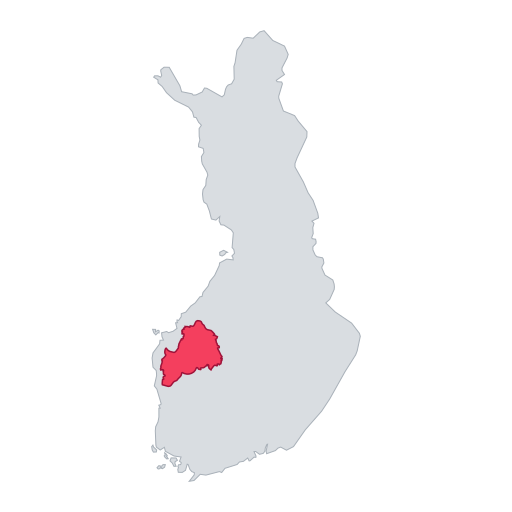 Finland, with Southern Ostrobothnia highlighted
{"feature_id": "FIN-3183", "entity_name": "Southern Ostrobothnia", "entity_type": "Province", "adm_level": 1, "iso_a3": "FIN", "parent_name": "Finland", "parent_adm1": "", "projection": "orthographic", "projection_center": [23.15, 62.738], "detail": "fine", "context": "in_parent", "style": "filled", "palette": "rose", "viewbox_px": 512, "rotation_deg": 0, "n_neighbors": 0, "source": "natural_earth", "source_scale": "10m", "svg_char_len": 7279}
<svg xmlns="http://www.w3.org/2000/svg" viewBox="0 0 512 512"><path d="M211.4,219.0L209.4,211.0L206.8,204.1L204.0,202.2L203.1,199.6L202.5,194.0L203.0,189.6L205.8,185.4L206.2,179.6L207.8,175.1L207.0,172.2L202.3,163.9L201.7,161.2L201.4,156.6L203.9,152.5L203.2,148.4L198.5,146.8L198.6,144.2L199.9,140.0L199.2,136.4L199.1,128.6L201.4,125.2L198.7,122.4L196.1,117.5L193.9,117.2L192.5,111.9L188.6,107.1L174.8,100.3L166.5,92.7L162.2,86.5L158.1,83.0L157.9,79.8L153.7,77.2L154.6,75.8L157.9,75.8L160.6,77.2L161.7,75.5L160.7,70.9L160.9,69.7L164.1,67.2L169.2,67.3L179.9,85.8L181.6,91.7L192.1,93.8L193.2,95.1L196.1,94.9L202.2,92.0L204.5,88.0L206.8,88.3L222.0,96.9L224.3,94.8L225.5,89.3L226.6,86.8L228.2,85.0L231.6,83.8L234.2,79.2L233.9,66.4L235.1,62.7L237.0,50.2L241.2,44.3L244.1,38.4L247.3,37.4L253.2,38.2L259.8,31.9L264.1,30.7L272.8,40.5L284.5,46.1L288.2,54.4L287.1,58.0L282.0,67.9L282.0,70.5L284.5,74.5L276.3,80.3L277.1,81.7L281.7,82.0L282.4,83.8L278.7,96.2L278.8,98.3L283.4,111.0L294.6,115.6L298.2,121.1L307.0,131.6L306.8,137.0L297.1,157.8L295.0,163.5L295.0,167.0L303.4,182.0L308.1,192.8L313.1,200.4L317.8,213.3L318.5,217.9L311.9,221.1L314.0,223.3L312.8,227.6L313.2,233.6L311.7,237.6L312.2,238.7L315.6,239.2L316.1,241.7L316.0,243.4L312.9,246.7L312.9,249.9L315.2,255.0L316.9,256.7L322.5,257.8L323.3,259.2L323.9,263.0L321.8,267.0L322.0,268.5L325.0,275.1L332.8,280.0L334.1,284.0L334.4,286.8L334.2,289.4L329.7,299.4L325.8,302.9L335.2,312.0L351.6,323.1L359.4,333.3L360.3,336.3L357.2,350.8L355.7,354.8L345.0,371.7L329.7,399.0L321.6,411.2L305.3,429.8L293.5,446.6L286.5,450.2L280.7,447.1L278.0,448.1L275.4,450.6L266.6,453.7L266.1,451.1L267.6,444.2L266.9,444.4L265.4,447.6L264.8,451.4L263.2,453.4L259.5,454.3L255.7,451.5L254.0,451.6L256.0,456.0L255.9,457.3L254.0,457.2L250.0,460.8L249.1,460.9L247.7,458.0L243.5,461.3L239.4,462.0L237.1,464.5L225.0,468.3L221.7,472.5L219.4,471.6L205.9,475.1L200.2,474.3L194.0,480.5L189.2,481.3L194.2,474.9L194.4,472.7L191.8,471.6L189.9,469.4L188.1,464.5L187.2,464.2L185.5,470.3L182.3,472.4L178.3,472.3L177.8,469.6L178.5,467.2L177.9,466.7L178.5,464.8L180.6,464.6L181.1,463.6L181.1,462.4L179.5,461.3L181.1,457.0L174.0,456.0L165.4,451.3L164.4,447.3L160.2,450.0L156.4,447.1L155.9,445.3L155.3,430.8L155.7,426.7L158.0,421.9L158.9,417.1L158.9,408.2L160.2,408.2L158.8,405.2L160.8,404.6L161.1,403.5L156.9,389.2L154.3,385.9L156.6,375.7L156.5,373.3L156.2,370.5L153.0,367.2L152.1,358.0L153.0,352.9L159.6,343.9L160.0,340.3L163.5,340.1L162.0,336.8L161.6,332.8L166.7,331.5L168.5,332.7L173.0,331.3L177.0,328.4L175.6,322.8L177.6,322.7L176.9,321.3L177.1,319.9L178.6,320.5L181.2,316.7L181.3,313.7L185.7,312.2L190.7,306.1L195.2,302.9L199.9,296.8L202.0,296.5L203.0,292.4L208.1,286.2L209.9,281.3L214.6,275.5L219.2,265.6L219.6,262.9L226.7,259.1L233.2,259.9L232.9,257.5L231.9,256.0L234.5,253.3L233.8,249.5L232.1,247.6L233.3,232.8L231.3,229.9L223.9,225.1L220.9,224.8L219.1,221.0L219.8,216.5L215.9,220.1L211.4,219.0ZM171.1,457.9L176.1,458.0L177.4,460.3L175.1,461.7L174.9,463.5L176.1,466.3L173.9,466.3L172.4,463.2L170.0,460.9L171.1,457.9ZM224.8,254.4L222.1,256.0L219.8,255.1L219.7,252.3L223.6,250.3L227.5,252.3L225.6,252.9L224.8,254.4ZM155.6,329.4L155.4,331.8L158.1,330.2L159.2,330.9L159.0,333.0L158.1,332.6L155.8,334.9L153.8,332.8L152.6,329.3L155.6,329.4ZM156.7,450.0L156.3,452.0L153.4,452.1L152.2,450.0L151.7,446.6L152.9,445.1L153.5,447.0L156.7,450.0ZM168.2,458.7L166.7,458.9L164.5,456.7L164.2,455.8L165.1,455.3L164.7,452.8L166.4,454.2L167.3,455.8L166.4,456.2L168.2,458.7ZM164.6,467.2L162.4,468.7L161.5,468.3L161.8,465.8L163.1,464.6L165.3,464.6L164.6,467.2ZM160.1,468.6L158.2,469.0L157.0,467.7L158.8,465.7L160.3,465.9L160.5,467.1L160.1,468.6Z" fill="#d9dde1" stroke="#a8b0b8" stroke-width="1"/><path d="M204.1,325.4L204.5,326.4L205.0,327.4L205.5,328.2L206.1,328.9L206.8,329.4L207.5,329.7L211.0,330.5L212.3,331.6L214.1,333.6L214.6,334.3L214.2,334.7L213.9,335.0L213.7,335.3L214.5,335.3L217.4,336.7L217.1,337.7L216.7,338.6L216.2,339.1L215.5,339.3L215.8,340.4L215.9,340.5L216.1,340.5L216.1,340.4L216.2,340.8L216.2,341.2L216.2,341.7L216.3,342.2L216.5,342.8L216.8,343.2L217.0,343.5L217.2,344.1L217.2,344.8L217.6,345.5L218.0,345.5L218.7,345.8L219.2,346.5L219.3,347.0L219.2,347.7L217.9,347.9L217.6,348.0L217.7,348.8L218.9,350.9L220.6,354.5L221.2,355.6L221.7,356.1L222.0,356.7L221.0,357.9L220.8,358.2L220.9,358.6L221.5,358.6L222.1,358.5L222.2,358.9L222.1,359.0L221.7,359.0L221.7,359.3L221.8,359.4L221.9,359.9L221.9,360.1L221.4,360.3L221.4,360.5L221.4,360.8L221.4,361.0L221.5,361.0L221.4,361.2L221.2,361.1L221.2,361.3L221.2,361.6L221.2,361.8L221.2,362.3L221.1,362.9L220.9,363.2L220.9,363.3L220.9,363.6L220.7,363.9L220.4,363.9L220.2,364.0L219.8,364.3L219.4,364.8L219.1,364.7L219.0,364.4L218.8,364.1L218.6,364.0L218.4,364.0L218.1,363.9L217.2,364.2L217.2,364.7L217.3,365.2L217.2,365.7L216.7,365.8L215.0,365.2L214.6,365.3L214.0,365.7L213.3,366.5L211.6,368.7L211.0,369.9L209.6,368.8L209.0,368.1L208.6,366.7L208.7,366.2L208.7,365.8L208.7,365.3L208.5,364.9L208.2,364.8L207.9,365.0L207.6,365.5L207.3,365.6L207.4,364.6L207.2,364.5L206.9,364.8L206.8,365.1L206.9,365.3L206.5,365.7L206.2,365.8L205.6,366.2L204.5,367.2L203.6,367.7L201.0,367.9L200.6,368.1L200.6,368.3L200.7,368.7L200.8,369.5L200.6,369.6L200.3,369.5L198.8,369.3L198.4,369.0L197.8,368.0L197.5,367.7L196.7,367.6L196.2,368.2L195.3,370.2L193.7,372.0L191.5,373.3L189.2,374.0L187.0,374.1L184.2,373.5L182.5,372.6L181.9,372.7L181.5,374.1L181.3,374.9L181.0,375.6L180.2,376.7L178.0,378.9L177.6,379.5L176.7,380.5L174.4,381.4L173.4,382.2L171.0,385.4L170.0,386.1L168.3,386.4L162.4,384.8L162.3,384.5L162.3,384.3L162.2,384.1L162.2,383.4L162.4,380.8L162.6,379.4L163.6,379.2L163.6,378.7L163.5,378.1L163.2,377.7L163.2,377.1L163.5,376.6L164.1,376.3L164.9,376.1L165.1,375.6L164.9,375.2L164.5,374.7L164.0,374.5L163.6,374.4L163.4,373.8L163.4,373.3L163.4,372.5L163.3,371.8L163.2,371.4L163.1,371.0L163.6,370.8L163.5,370.2L163.3,369.9L162.5,369.6L160.9,370.0L160.9,369.9L161.0,369.4L160.9,369.3L160.7,369.3L160.5,369.2L160.4,369.0L160.6,368.5L160.7,368.3L160.9,367.6L160.9,366.8L160.8,366.5L161.0,365.6L161.7,363.8L162.1,362.4L162.2,361.8L162.3,361.1L162.0,361.1L161.9,360.8L161.9,360.0L161.9,359.3L162.9,358.6L164.0,357.6L165.6,355.7L165.8,354.9L165.6,354.6L165.2,353.9L165.0,353.5L164.8,352.4L164.8,351.7L165.0,350.2L165.2,349.5L165.5,348.8L165.7,348.4L166.2,348.2L167.8,350.1L168.6,350.7L170.1,351.5L173.8,352.4L174.6,352.3L175.2,351.9L176.1,351.1L177.9,348.6L178.2,348.3L178.4,347.5L178.4,346.4L178.8,345.1L178.8,344.7L178.9,344.0L180.4,340.9L180.7,340.3L181.1,340.0L181.5,339.9L181.3,339.6L181.2,339.4L181.4,339.0L182.1,338.7L182.3,338.6L182.8,338.8L183.1,338.6L183.3,337.5L183.3,337.0L183.2,336.8L183.4,336.4L183.7,336.3L183.9,336.1L183.9,335.8L184.0,334.6L183.7,333.8L182.5,334.0L182.2,334.0L182.2,333.9L182.4,332.9L182.4,332.7L182.2,332.7L182.0,332.8L182.0,332.7L182.1,332.3L182.4,331.8L182.4,331.5L181.9,331.3L181.9,330.7L182.1,330.2L182.7,329.6L183.7,329.3L184.0,329.1L183.9,329.0L183.6,328.3L183.8,328.1L185.5,327.0L185.2,326.5L185.8,326.5L187.7,326.6L189.0,327.0L189.5,327.3L189.9,327.1L189.9,326.4L190.2,325.9L190.6,325.9L192.7,326.3L193.5,326.0L194.3,324.9L195.5,322.3L196.2,321.3L197.3,320.7L198.1,320.7L199.2,320.8L200.3,321.1L201.2,321.7L201.5,322.2L202.0,323.4L202.4,324.0L203.2,324.7L204.1,325.4Z" fill="#f43f5e" stroke="#9f1239" stroke-width="1.5"/></svg>